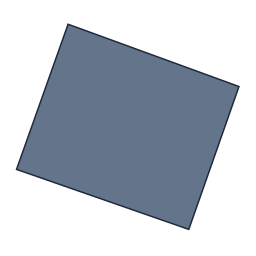 the district of Frio, Texas, United States of America, rotated 20°
{"feature_id": "52423323B99594247353741", "entity_name": "Frio", "entity_type": "district", "adm_level": 2, "iso_a3": "USA", "parent_name": "United States of America", "parent_adm1": "Texas", "projection": "albers", "projection_center": [-99.206, 28.866], "detail": "fine", "context": "isolated", "style": "filled", "palette": "slate", "viewbox_px": 256, "rotation_deg": 20, "n_neighbors": 0, "source": "geoboundaries", "source_scale": "gbopen_adm2", "svg_char_len": 235}
<svg xmlns="http://www.w3.org/2000/svg" viewBox="0 0 256 256"><g transform="rotate(20 128 128)"><path d="M36.2,51.0L37.4,205.0L41.3,205.0L219.8,202.5L218.1,51.1L36.2,51.0Z" fill="#64748b" stroke="#1e293b" stroke-width="1.5"/></g></svg>